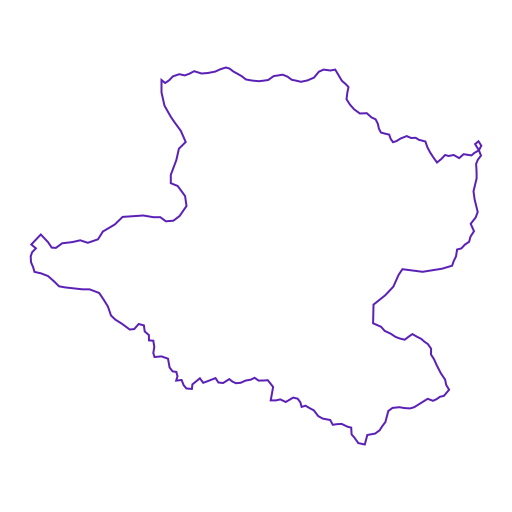 Gameleira de Goiás, Goiás, Brazil
{"feature_id": "56859067B59068053253538", "entity_name": "Gameleira de Goiás", "entity_type": "district", "adm_level": 2, "iso_a3": "BRA", "parent_name": "Brazil", "parent_adm1": "Goiás", "projection": "natural_earth1", "projection_center": [-48.667, -16.409], "detail": "fine", "context": "isolated", "style": "outline", "palette": "violet", "viewbox_px": 512, "rotation_deg": 0, "n_neighbors": 0, "source": "geoboundaries", "source_scale": "gbopen_adm2", "svg_char_len": 3158}
<svg xmlns="http://www.w3.org/2000/svg" viewBox="0 0 512 512"><path d="M161.5,80.0L161.5,92.4L164.5,105.7L170.8,116.8L174.7,122.5L180.8,130.8L185.7,142.0L178.9,148.7L176.3,160.2L170.8,174.8L170.8,183.2L177.7,186.0L185.1,196.1L186.5,206.0L179.6,216.0L173.4,220.7L165.9,221.3L160.3,217.2L153.4,217.2L143.3,215.5L122.6,216.9L114.9,224.4L102.9,231.5L98.0,239.3L87.8,242.8L80.2,240.3L72.3,242.1L62.1,243.3L55.9,247.9L51.7,247.6L48.0,242.1L40.8,234.5L31.3,244.5L35.9,248.3L32.1,252.3L30.7,256.4L31.0,262.2L33.1,267.1L34.5,271.9L41.2,273.4L48.1,276.1L54.7,282.0L59.0,286.3L65.0,287.4L82.2,289.3L89.5,289.3L99.2,293.0L103.5,299.4L107.9,306.5L111.0,315.5L115.3,319.6L122.0,323.8L129.7,329.5L134.2,329.1L138.7,324.0L143.9,325.4L144.7,331.4L148.9,335.1L149.0,340.4L153.3,340.7L154.3,346.9L153.3,353.0L154.5,357.0L161.5,356.4L168.0,358.7L169.6,367.5L172.6,371.4L176.3,371.9L177.5,376.2L176.2,380.6L181.6,380.0L183.6,385.1L186.4,388.5L191.9,388.9L192.4,384.4L199.9,378.3L203.2,382.8L208.4,380.9L215.5,378.1L218.4,382.5L223.1,383.0L229.3,379.1L232.3,381.5L235.9,383.2L240.6,382.8L245.8,380.5L250.7,379.7L254.6,377.8L258.6,380.6L263.7,380.5L267.8,380.2L273.1,386.9L272.0,393.3L270.7,400.4L275.9,400.4L280.3,399.4L285.7,402.0L293.2,397.6L297.7,398.7L300.4,402.4L301.6,406.9L305.5,405.7L310.1,408.4L313.8,410.3L318.2,416.1L322.7,418.6L330.2,420.0L332.8,424.8L336.6,424.2L341.6,423.9L347.5,426.7L351.2,427.6L351.6,434.4L354.4,437.6L358.3,443.1L364.8,444.5L367.3,435.0L375.1,433.6L379.7,430.2L381.9,426.7L385.4,422.0L388.3,411.0L392.5,407.9L399.4,407.2L404.7,408.1L410.2,408.4L414.2,407.2L427.7,398.8L433.0,400.8L436.5,399.2L440.1,396.7L443.9,395.9L449.1,389.7L446.2,384.9L445.1,379.6L440.8,373.2L436.6,365.0L434.0,359.2L431.0,354.5L431.1,348.7L427.9,344.1L424.2,341.5L421.1,338.8L416.9,336.7L412.4,334.1L408.9,336.5L404.7,339.7L400.1,338.6L395.5,336.9L390.7,333.7L384.7,330.9L381.1,326.8L373.1,323.3L373.5,304.6L385.2,295.3L393.3,286.7L398.6,274.9L402.4,269.2L422.6,271.8L442.1,268.7L452.1,265.7L453.7,261.1L456.0,256.4L457.1,249.5L461.4,248.4L464.9,244.6L469.1,241.8L470.5,236.6L474.0,231.2L470.7,223.8L475.7,217.4L477.7,212.0L474.6,199.3L473.5,191.3L476.6,178.5L476.6,173.6L476.4,168.4L476.1,164.0L477.8,159.8L481.0,155.6L478.9,150.3L474.4,152.9L471.5,155.4L463.6,154.2L459.2,158.1L453.7,155.0L448.6,156.0L445.1,155.0L441.3,159.0L437.0,162.5L433.7,157.9L430.1,152.4L427.4,147.3L425.4,141.5L418.9,139.8L415.7,137.8L411.2,138.0L406.7,136.1L400.6,138.5L396.5,141.1L393.0,142.2L390.6,138.7L389.2,134.6L385.2,133.7L380.9,132.5L378.9,128.6L377.8,123.7L375.6,119.3L371.5,117.4L366.8,113.2L359.9,113.5L354.2,109.4L349.9,104.5L346.5,99.2L347.3,92.9L348.5,87.1L345.7,84.1L341.8,80.7L337.8,73.9L335.2,69.6L330.4,70.5L323.6,69.6L318.9,71.7L314.0,77.6L307.5,80.4L301.0,81.8L295.9,80.6L291.8,79.8L287.6,76.7L282.7,74.7L273.7,76.1L268.2,80.0L263.3,80.7L258.9,81.2L252.3,80.6L246.0,79.5L241.6,76.1L237.7,73.9L233.2,71.4L229.6,68.6L225.9,67.5L220.5,69.2L215.2,71.6L207.9,73.0L201.5,73.5L194.2,71.2L189.2,73.8L184.8,75.4L179.3,74.2L173.0,76.3L169.0,80.4L165.1,83.0L161.5,80.0ZM478.9,150.3L481.3,145.7L478.5,141.3L475.1,144.1L478.9,150.3Z" fill="none" stroke="#5b21b6" stroke-width="2"/></svg>